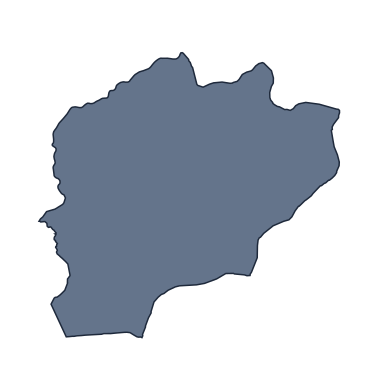 Zacapa, Zacapa, Guatemala, rotated 354°
{"feature_id": "79465075B10782882700872", "entity_name": "Zacapa", "entity_type": "district", "adm_level": 2, "iso_a3": "GTM", "parent_name": "Guatemala", "parent_adm1": "Zacapa", "projection": "mercator", "projection_center": [-89.497, 14.973], "detail": "fine", "context": "isolated", "style": "filled", "palette": "slate", "viewbox_px": 384, "rotation_deg": 354, "n_neighbors": 0, "source": "geoboundaries", "source_scale": "gbopen_adm2", "svg_char_len": 5087}
<svg xmlns="http://www.w3.org/2000/svg" viewBox="0 0 384 384"><g transform="rotate(354 192 192)"><path d="M127.0,331.6L128.0,329.9L127.9,328.5L131.7,321.3L131.6,320.6L135.6,312.5L138.7,308.0L138.8,306.6L142.7,297.4L147.3,293.1L150.8,290.7L153.5,290.0L158.0,287.2L165.5,284.6L169.9,284.0L186.8,284.8L194.9,284.2L207.4,281.0L217.1,276.6L224.8,277.3L225.5,277.9L235.5,279.9L237.9,281.0L241.0,281.1L241.3,279.7L242.7,278.1L250.0,264.2L251.5,252.0L252.7,246.7L254.1,244.6L255.4,244.1L259.0,240.6L266.7,235.7L269.1,234.1L280.2,230.7L285.5,229.8L288.7,227.2L289.4,226.2L292.6,221.5L296.4,217.3L297.1,217.3L299.2,215.7L303.2,212.5L304.8,211.7L310.3,208.2L312.1,206.2L320.2,199.3L321.5,199.2L324.3,197.3L325.9,196.9L329.0,194.6L330.0,194.6L332.8,192.8L335.7,190.5L337.8,187.9L338.1,186.4L341.0,181.3L341.6,177.6L340.5,170.2L338.1,161.9L337.6,155.2L337.0,145.2L338.1,144.5L338.1,143.7L338.2,142.0L340.0,139.3L345.5,133.4L345.9,131.0L347.0,128.7L347.2,126.3L346.2,125.1L344.2,124.6L327.7,118.0L314.5,114.8L307.4,115.5L304.1,117.0L301.5,119.7L298.2,121.1L295.1,119.8L292.8,119.7L291.1,118.6L288.0,116.5L285.8,115.8L283.2,113.8L281.7,112.4L281.6,111.4L279.9,108.9L279.3,106.3L279.7,101.1L282.0,95.3L284.2,92.2L284.9,87.1L283.7,79.7L276.9,71.4L275.5,70.7L273.3,71.1L271.9,71.3L268.5,73.3L264.9,76.9L263.2,77.8L258.9,78.5L254.3,80.4L250.6,85.0L248.5,86.7L244.4,87.4L243.6,87.9L241.3,87.9L233.4,85.8L224.9,85.7L220.6,86.6L214.0,88.9L208.9,86.6L208.1,85.5L205.6,68.3L204.7,66.9L203.8,63.0L202.5,61.1L202.5,59.8L197.8,53.1L196.8,52.4L195.4,52.5L194.5,53.9L194.1,54.8L193.6,55.7L192.9,56.4L191.8,57.3L190.7,57.8L189.9,58.0L189.1,58.0L188.2,57.9L187.1,57.8L186.3,57.6L184.5,57.1L182.8,56.7L181.5,56.4L176.2,55.9L175.3,55.7L174.5,55.7L173.8,55.9L172.9,56.2L171.5,56.9L169.7,58.0L168.1,59.2L166.7,60.5L165.4,61.8L164.2,63.1L163.1,64.0L162.2,64.6L161.1,65.0L156.3,66.3L154.5,66.6L152.5,67.0L151.4,67.4L149.9,68.2L147.8,69.2L146.4,70.3L143.9,72.7L143.4,73.2L142.7,73.8L141.4,75.3L140.9,75.6L140.1,75.9L139.2,76.0L138.3,75.9L137.3,75.8L135.9,75.4L134.9,75.3L134.1,75.4L133.2,75.5L132.5,75.6L131.8,75.9L131.1,76.2L130.1,76.7L129.3,77.2L128.6,77.7L128.1,78.2L127.7,78.9L127.4,79.6L127.2,80.2L126.8,81.0L126.3,81.6L125.8,82.1L124.7,82.7L123.8,82.8L123.0,82.7L121.9,82.7L121.2,82.8L120.6,83.3L120.1,84.0L119.7,84.7L119.5,85.4L119.2,86.4L119.0,87.2L118.7,88.2L118.3,88.8L117.4,89.5L116.8,89.6L116.1,89.6L115.5,89.6L114.4,89.5L113.7,89.5L112.7,89.5L111.7,89.8L109.4,90.9L107.6,91.5L106.7,91.8L105.6,92.3L104.7,92.8L103.9,93.2L103.1,93.4L102.3,93.6L101.2,93.6L100.6,93.5L99.7,93.4L99.0,93.0L97.4,92.8L96.6,93.1L95.5,93.6L94.1,94.5L92.3,95.9L90.8,96.5L90.1,96.4L89.4,96.4L88.6,96.2L87.5,95.9L86.3,95.5L85.1,95.2L83.9,95.1L82.7,95.2L82.0,95.2L81.3,95.4L80.3,96.1L79.4,97.0L78.5,98.1L77.5,99.4L76.0,101.3L71.7,105.5L69.0,107.9L67.6,109.1L66.6,110.2L65.1,112.4L63.6,114.4L61.8,116.3L60.7,117.7L60.1,119.4L59.9,120.4L59.9,121.3L59.9,122.3L59.9,123.5L59.9,124.6L59.9,125.3L59.8,125.9L59.7,127.1L59.4,128.3L58.9,129.1L58.1,129.8L57.9,130.7L58.2,131.5L58.7,131.8L59.4,132.5L59.9,132.9L60.7,133.6L61.2,134.4L61.3,135.5L61.0,136.7L60.6,137.4L60.0,138.2L59.3,139.3L59.0,140.2L58.6,141.4L58.4,142.2L58.4,143.2L58.5,144.4L58.6,145.3L58.9,146.3L58.9,146.9L59.0,148.4L58.8,149.2L58.0,150.4L57.4,151.0L57.0,151.7L56.6,152.5L56.4,153.5L56.5,155.1L56.6,158.9L56.6,160.3L56.6,161.3L57.0,162.3L57.5,162.8L58.0,163.4L58.9,164.0L59.8,164.5L60.4,164.7L61.4,166.1L61.8,166.9L61.8,168.1L61.7,169.0L61.4,169.8L60.8,170.4L60.0,171.0L59.3,172.2L59.2,173.1L59.2,173.9L59.4,174.7L60.3,176.8L60.9,177.8L62.0,179.7L62.8,180.5L63.6,181.0L64.4,181.5L65.5,184.7L63.5,189.3L62.1,190.8L54.0,194.7L45.3,196.3L41.0,201.2L38.5,202.9L36.8,205.1L37.7,205.3L38.3,205.9L38.5,206.0L38.8,206.0L39.5,206.0L41.2,206.0L42.3,206.0L42.8,206.2L43.6,207.1L44.3,207.8L44.4,208.0L44.4,209.0L44.4,209.7L44.4,210.4L44.4,210.8L44.6,211.2L45.4,212.0L45.7,212.2L46.2,212.1L46.7,212.1L47.2,211.9L47.6,211.9L47.9,212.0L48.3,212.6L49.2,214.0L49.5,214.6L49.9,214.9L50.3,215.3L50.6,215.4L50.9,216.0L51.4,216.8L51.6,217.1L51.9,217.6L52.3,218.2L52.5,218.4L52.6,218.6L52.4,218.9L52.1,219.1L51.8,219.3L51.5,219.4L51.4,219.4L51.6,219.6L51.8,219.8L52.1,219.9L52.2,220.0L51.8,220.5L51.7,221.0L51.5,221.4L51.1,221.7L50.7,222.1L50.3,222.8L50.0,224.0L50.0,225.0L50.4,225.4L50.7,225.6L51.1,225.9L51.2,226.4L51.1,227.0L51.7,227.7L52.2,228.5L52.7,229.3L52.0,230.0L51.7,231.2L51.6,231.9L50.9,232.0L50.6,232.8L51.3,234.1L51.9,235.4L51.9,236.0L51.6,236.5L51.3,236.9L51.1,237.2L51.0,237.6L51.0,238.0L51.1,238.4L51.3,238.8L51.4,239.1L51.4,239.4L52.0,240.0L52.9,241.0L53.4,241.4L53.8,242.0L54.1,242.4L54.5,242.8L55.0,243.4L55.4,243.8L56.1,244.5L57.3,246.0L58.8,247.7L61.0,250.6L62.0,262.0L61.8,262.6L59.1,265.5L58.6,269.1L58.8,269.4L55.2,276.5L52.1,279.0L50.0,280.6L47.0,282.4L44.9,282.5L43.8,283.2L40.1,288.8L51.8,322.9L55.4,323.0L58.1,323.0L59.5,323.2L62.5,323.0L67.2,323.2L70.9,323.2L79.2,323.6L87.2,324.0L89.4,323.6L96.4,324.3L101.0,324.3L110.4,324.5L112.7,324.7L115.7,325.4L119.3,328.2L122.2,330.3L123.9,330.8L125.7,330.8L127.0,331.6Z" fill="#64748b" stroke="#1e293b" stroke-width="1.5"/></g></svg>